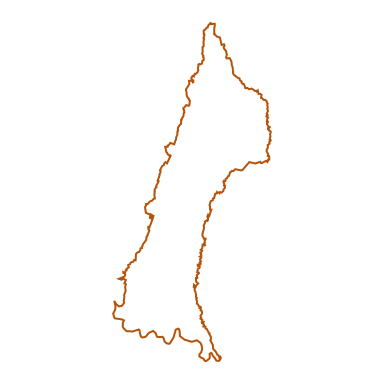 outline of Parácuaro, Michoacán, Mexico
{"feature_id": "50627088B31611248449826", "entity_name": "Parácuaro", "entity_type": "district", "adm_level": 2, "iso_a3": "MEX", "parent_name": "Mexico", "parent_adm1": "Michoacán", "projection": "equal_earth", "projection_center": [-102.195, 19.07], "detail": "fine", "context": "isolated", "style": "outline", "palette": "amber", "viewbox_px": 384, "rotation_deg": 0, "n_neighbors": 0, "source": "geoboundaries", "source_scale": "gbopen_adm2", "svg_char_len": 6021}
<svg xmlns="http://www.w3.org/2000/svg" viewBox="0 0 384 384"><path d="M220.8,357.9L220.3,356.8L219.6,357.5L219.6,356.8L219.1,356.7L218.4,355.3L217.3,354.7L215.9,351.9L213.1,348.7L212.8,344.8L210.3,340.4L211.0,339.3L210.8,336.6L209.4,334.3L209.6,333.4L208.8,333.0L206.9,329.1L205.5,328.4L205.5,326.7L203.4,326.5L203.6,325.7L204.2,325.5L203.7,324.1L202.1,323.2L202.4,322.5L203.1,322.7L203.6,321.9L201.9,321.7L202.4,320.0L200.5,318.7L201.3,317.7L200.6,316.8L200.5,315.6L201.6,314.5L202.1,312.9L201.6,310.6L200.6,310.4L200.7,308.6L199.8,308.2L200.8,307.1L200.4,306.8L199.5,307.3L198.0,304.5L196.9,303.6L197.0,301.0L196.2,299.2L196.9,298.0L196.0,297.2L196.1,294.8L195.3,291.4L194.7,290.7L194.6,288.9L195.3,287.7L193.8,287.2L194.0,284.9L195.6,286.4L198.1,283.4L196.3,281.9L196.0,280.8L196.0,278.0L197.3,277.9L196.7,275.2L198.9,273.3L198.7,272.5L197.1,272.1L198.1,268.6L199.3,268.2L199.8,266.8L198.6,265.7L197.9,265.9L197.6,265.0L198.4,264.3L200.5,264.5L200.6,263.4L199.8,262.3L201.0,261.4L199.9,259.6L201.2,257.7L199.9,256.6L201.4,256.0L201.1,253.8L200.7,253.9L200.3,252.7L201.1,252.5L202.1,250.8L200.7,250.0L202.2,248.4L202.6,244.8L204.8,245.5L205.1,245.2L204.0,243.4L204.9,242.7L204.6,241.0L205.6,239.2L205.6,238.7L204.2,239.0L202.5,235.9L202.5,233.8L204.1,227.8L203.6,225.8L205.1,222.5L205.0,221.6L206.5,220.4L207.5,220.9L208.1,219.3L207.9,217.7L207.3,216.9L208.3,213.7L208.4,215.9L209.1,216.3L211.3,209.8L210.4,210.0L209.9,209.0L210.2,206.7L209.5,205.1L210.7,201.2L212.8,200.3L212.9,198.5L214.1,198.2L215.2,193.8L216.5,193.5L217.0,192.1L217.7,192.9L219.2,192.3L219.7,193.1L220.2,192.2L221.6,192.6L223.3,191.0L223.5,189.7L225.0,187.6L224.6,186.2L224.9,185.6L224.0,185.4L224.3,184.1L223.4,181.6L224.0,180.7L225.3,181.1L225.7,178.9L227.1,178.0L227.9,176.3L229.0,175.8L230.0,172.4L230.9,172.0L231.8,170.9L233.3,171.1L235.3,169.2L240.9,170.4L242.4,170.1L249.3,162.1L255.4,163.5L260.2,161.8L260.9,163.0L261.8,163.1L266.1,160.8L267.3,162.0L268.0,160.9L268.1,159.6L269.3,159.5L269.1,156.1L267.8,155.9L268.2,154.0L266.6,151.5L266.8,149.4L267.8,148.0L267.8,144.9L269.6,143.7L269.2,142.0L270.7,140.5L270.6,140.0L269.8,140.0L269.6,139.4L270.5,136.3L270.0,134.4L270.8,132.0L270.3,131.1L269.2,130.8L268.8,129.3L268.0,129.2L268.0,128.2L269.7,127.4L269.7,126.9L268.5,126.6L266.9,124.1L267.0,123.2L268.0,122.3L267.9,121.8L267.0,122.1L266.8,121.3L267.2,119.2L268.1,117.5L266.4,116.5L266.6,115.7L267.7,115.1L266.7,113.7L268.0,111.1L267.2,108.7L267.8,107.4L267.2,105.2L267.7,103.6L266.8,102.4L266.6,101.0L265.1,99.9L263.7,99.9L261.9,98.1L261.0,97.9L261.6,94.9L260.1,93.8L258.5,94.0L257.8,90.5L256.9,91.5L256.6,90.8L255.1,91.0L251.8,88.6L249.0,89.2L247.4,88.0L245.4,88.2L244.2,84.7L243.7,83.9L243.0,84.1L241.5,82.8L241.6,81.4L240.0,80.3L239.4,78.3L238.0,77.9L233.7,74.6L233.0,73.1L233.2,71.6L232.9,71.0L232.7,67.7L231.7,64.6L231.6,62.1L230.3,59.2L229.7,58.1L226.9,58.5L226.1,57.6L226.9,54.3L226.3,52.8L226.2,51.0L225.2,50.2L223.8,48.1L223.6,47.1L224.2,46.6L224.5,45.3L224.0,44.3L221.6,44.9L219.9,37.5L217.0,36.6L214.2,34.1L214.7,33.8L214.2,32.3L214.3,27.7L214.8,25.9L214.7,23.8L211.1,24.1L211.1,23.4L210.5,23.0L208.4,25.3L207.6,27.5L206.8,27.6L205.2,29.6L204.0,30.1L203.7,30.8L203.8,34.4L204.3,34.3L204.3,36.2L203.5,37.6L203.6,38.7L204.1,39.0L203.5,41.7L203.7,45.5L203.6,46.2L202.5,47.1L202.7,51.8L202.1,53.7L203.5,56.1L203.0,56.9L203.8,58.4L203.6,60.2L202.4,60.7L202.0,63.6L200.3,64.4L199.4,64.0L198.4,64.5L198.4,66.4L197.9,68.0L198.3,69.9L197.6,72.3L195.7,73.9L194.9,73.8L194.4,75.1L193.3,75.6L193.6,76.3L192.5,76.0L191.3,78.1L191.9,79.7L193.2,80.3L193.4,82.0L192.9,82.4L191.9,80.7L189.0,80.8L189.4,84.0L185.9,89.5L186.6,92.8L186.7,95.6L187.7,97.7L188.7,98.4L188.9,99.7L189.9,100.8L189.3,105.4L188.7,105.8L186.2,105.1L184.6,107.2L183.3,108.1L183.5,109.5L184.1,110.2L184.0,110.8L184.5,112.1L183.8,113.0L183.3,116.5L181.9,118.3L181.7,119.7L181.1,119.8L181.1,123.7L179.5,125.3L177.9,127.9L178.0,130.1L177.7,130.8L178.0,130.9L177.3,132.7L177.4,134.7L176.3,136.9L176.0,139.5L175.1,141.3L174.3,144.3L170.3,142.9L169.1,144.7L167.7,145.5L167.7,146.8L165.2,146.8L166.4,152.2L167.1,152.7L167.7,154.4L168.9,154.8L169.5,156.0L171.0,154.9L167.0,163.4L165.4,162.1L164.1,163.8L163.8,165.1L162.1,166.1L160.2,169.8L160.0,170.5L160.6,170.9L160.3,172.8L159.5,174.3L159.5,175.6L157.7,180.6L158.4,180.9L158.1,181.6L158.4,181.7L156.1,186.2L156.4,187.2L155.9,187.3L154.6,189.8L154.8,191.5L154.5,191.8L154.7,193.2L154.3,194.6L154.9,198.5L153.8,198.7L152.0,200.7L149.8,201.5L147.7,204.0L145.9,204.1L146.1,205.5L145.1,206.8L145.1,207.8L145.9,212.8L150.5,214.8L150.6,214.3L153.5,215.9L153.0,217.5L150.2,216.0L150.1,216.3L149.8,217.8L152.5,219.3L149.3,227.7L148.3,227.0L148.1,227.6L148.9,228.5L148.4,229.7L149.4,230.6L147.3,235.4L147.5,235.7L146.5,236.8L146.2,239.9L142.8,244.5L142.5,246.1L141.8,247.2L141.9,248.1L140.5,248.4L140.3,250.1L139.0,252.0L137.5,252.4L136.0,254.0L135.6,260.3L134.2,260.0L133.2,261.8L131.2,262.3L130.3,263.2L130.0,264.3L128.2,265.0L128.2,266.0L128.8,267.3L126.8,268.7L126.6,270.2L125.8,270.1L125.0,272.9L123.3,272.1L123.4,273.0L124.2,272.9L125.3,274.4L124.6,276.5L118.9,278.8L121.5,279.7L123.7,278.9L125.9,280.0L124.4,283.3L125.9,284.3L125.1,287.1L125.7,290.8L124.2,294.8L124.3,297.5L123.7,300.8L124.2,302.8L121.8,305.9L118.9,306.4L116.1,304.0L114.2,300.9L115.4,305.6L115.5,307.5L115.0,310.0L113.2,313.5L114.0,316.8L114.8,318.3L122.3,319.5L123.9,320.4L122.9,322.6L122.7,326.6L123.5,328.1L126.5,331.1L132.5,331.5L138.9,329.5L139.5,330.1L139.9,333.1L141.0,336.7L142.6,337.5L145.7,336.7L148.7,333.0L153.2,330.9L155.8,333.3L156.5,335.8L157.2,336.8L158.5,337.1L162.6,336.8L163.7,338.3L164.6,341.6L166.8,343.4L169.3,343.8L170.5,342.5L173.6,337.4L175.7,329.7L178.2,328.6L178.8,329.0L179.6,331.0L179.9,336.1L184.6,339.7L191.8,341.8L196.9,340.3L200.3,342.7L201.5,345.0L202.2,348.9L201.2,352.3L199.5,354.2L199.3,356.2L200.7,357.5L203.5,358.7L204.9,361.0L206.4,360.9L209.1,358.8L209.8,357.7L209.6,354.0L211.0,352.9L212.0,353.6L212.5,355.3L214.9,358.2L216.4,360.7L218.9,360.9L220.1,359.6L220.8,357.9Z" fill="none" stroke="#b45309" stroke-width="2"/></svg>